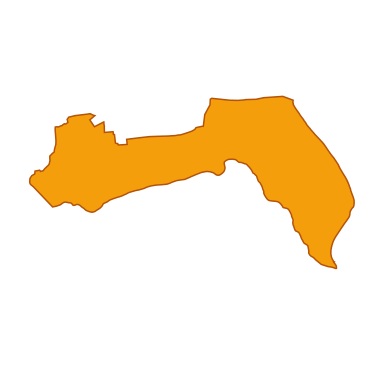 the district of Sukamara, Kalimantan Tengah, Indonesia, rotated 264°
{"feature_id": "22746128B44365111458704", "entity_name": "Sukamara", "entity_type": "district", "adm_level": 2, "iso_a3": "IDN", "parent_name": "Indonesia", "parent_adm1": "Kalimantan Tengah", "projection": "natural_earth1", "projection_center": [111.051, -2.56], "detail": "fine", "context": "isolated", "style": "filled", "palette": "amber", "viewbox_px": 384, "rotation_deg": 264, "n_neighbors": 0, "source": "geoboundaries", "source_scale": "gbopen_adm2", "svg_char_len": 5845}
<svg xmlns="http://www.w3.org/2000/svg" viewBox="0 0 384 384"><g transform="rotate(264 192 192)"><path d="M100.9,327.6L101.0,327.7L101.5,327.8L102.2,327.8L104.0,327.6L104.8,327.1L105.4,326.8L106.1,326.5L106.2,326.4L106.3,326.4L106.5,326.3L106.5,326.2L106.8,326.1L107.0,326.0L107.0,325.9L107.3,325.9L107.5,325.7L107.6,325.8L107.6,325.6L107.8,325.6L108.9,325.3L110.8,324.4L112.8,323.9L113.4,323.8L116.5,323.6L117.3,323.7L117.3,323.8L119.1,324.0L119.3,324.0L122.8,325.0L123.4,325.3L123.9,325.4L127.4,326.9L129.5,328.1L131.7,329.6L131.8,329.7L132.0,329.8L132.9,330.5L135.7,332.8L138.8,335.4L139.3,335.8L139.5,336.0L141.3,337.4L141.4,337.6L144.9,340.5L146.7,342.2L149.7,344.8L150.3,345.3L151.4,346.0L153.0,346.6L154.7,346.9L156.0,347.3L156.7,347.8L156.9,347.8L157.0,348.0L157.6,348.3L158.9,349.4L159.5,350.0L159.9,350.6L160.5,351.1L161.0,351.3L161.7,351.6L161.8,351.6L163.4,352.0L163.9,352.0L164.1,352.0L164.3,352.1L166.2,352.3L166.9,352.3L168.8,352.0L169.9,351.8L173.3,350.9L175.8,350.3L176.8,350.0L177.6,350.0L177.8,350.0L178.2,349.9L178.6,349.9L179.0,349.7L179.6,349.6L180.1,349.4L183.6,348.6L183.8,348.5L184.3,348.3L184.6,348.3L184.9,348.2L185.7,347.9L186.3,347.8L186.4,347.6L186.6,347.6L187.4,347.4L190.8,346.0L194.2,344.3L199.2,342.0L199.4,341.9L199.9,341.7L200.2,341.5L200.5,341.5L200.9,341.3L201.3,341.2L201.7,341.1L202.1,340.8L202.4,340.7L202.7,340.7L202.8,340.6L203.2,340.5L203.9,340.3L206.0,339.2L208.8,337.8L208.9,337.6L209.6,337.3L209.8,337.2L210.1,337.1L210.4,337.0L213.4,335.0L213.9,334.8L214.6,334.2L215.1,334.0L218.4,332.1L219.6,331.5L220.4,331.0L221.5,330.5L222.4,330.1L222.6,329.9L223.3,329.5L224.2,329.0L224.4,329.0L224.7,328.7L225.9,328.1L226.1,328.0L226.2,327.8L228.0,326.7L228.7,326.1L229.5,325.5L230.5,324.8L236.5,320.2L238.6,318.8L239.5,318.1L242.0,316.4L243.1,315.8L243.6,315.3L245.0,314.4L245.4,314.1L246.6,313.3L247.7,312.8L248.6,312.5L249.2,312.1L250.2,311.6L251.5,310.7L252.1,310.6L252.4,310.3L253.8,309.7L254.0,309.4L257.1,307.6L259.2,306.6L262.9,304.5L263.8,304.0L265.1,303.3L266.0,302.9L266.5,302.7L267.9,302.1L268.2,301.9L268.4,302.0L268.9,301.9L269.1,301.9L269.4,301.9L269.6,301.8L269.8,301.9L270.1,301.8L270.3,301.7L271.7,301.9L272.7,302.2L277.6,292.3L278.3,273.3L277.5,265.3L278.3,255.0L278.1,253.6L278.3,247.2L279.3,239.3L283.1,221.4L282.4,219.9L276.8,219.0L267.7,212.8L256.1,210.1L256.3,209.0L255.6,202.7L254.1,201.5L253.6,200.6L253.2,199.8L252.6,198.4L251.6,194.4L251.1,192.1L250.7,190.2L250.0,186.3L250.1,185.0L250.1,184.0L249.9,181.8L249.9,180.6L250.2,173.3L250.6,168.5L251.5,156.0L251.5,149.7L251.4,142.6L251.2,132.5L246.1,132.5L246.4,124.4L246.8,123.4L248.0,123.2L248.0,122.3L248.7,121.0L257.2,120.9L257.5,119.9L260.2,119.8L260.4,111.1L264.9,111.5L265.8,111.5L266.2,111.7L267.0,111.7L268.2,111.5L269.2,111.6L270.9,111.6L267.1,101.8L274.4,97.9L278.1,103.4L278.9,101.5L280.5,99.0L280.5,97.6L280.4,96.8L280.2,83.8L279.3,77.2L277.2,75.4L274.3,75.9L273.0,74.0L272.8,73.0L273.2,72.2L272.4,70.6L271.7,69.8L271.6,68.9L270.7,66.1L271.0,64.1L270.9,62.8L268.3,62.4L257.6,62.1L253.7,61.6L248.8,59.7L246.2,59.1L244.9,57.1L242.5,54.3L238.0,54.0L234.5,52.8L233.2,51.4L230.6,48.0L228.7,46.2L228.3,43.5L229.6,42.8L229.2,38.1L226.4,37.5L225.0,34.4L222.5,32.3L219.4,31.7L217.8,31.7L216.4,32.2L213.9,34.7L191.7,51.8L191.9,53.8L192.1,55.9L192.4,56.9L192.9,59.3L193.7,60.9L194.3,61.9L195.0,63.2L195.2,64.5L195.1,65.5L194.8,66.6L194.3,67.8L193.9,69.9L193.4,70.9L192.4,71.6L191.4,72.2L191.0,73.1L191.2,74.5L191.6,75.7L191.6,76.9L190.8,78.7L190.1,79.5L188.5,80.9L187.9,81.6L187.3,82.4L186.7,83.0L185.7,83.8L184.7,84.9L183.2,87.8L182.6,89.4L182.3,90.8L182.7,93.2L184.1,95.9L184.9,97.6L185.8,99.2L187.1,100.7L187.9,101.5L188.9,102.0L189.6,102.6L190.0,103.5L190.7,105.7L191.1,106.8L192.6,109.4L193.7,113.5L194.6,117.7L194.8,119.1L195.4,121.8L196.2,124.0L196.9,126.4L197.7,128.2L198.1,129.4L198.4,130.9L198.9,133.7L199.2,135.2L199.4,136.7L199.6,139.5L199.9,141.1L200.5,144.3L200.9,145.8L201.5,147.4L201.8,148.8L202.3,151.8L202.4,152.9L202.5,155.1L202.6,156.7L202.6,157.9L202.4,163.2L202.4,166.3L202.4,167.9L202.7,169.4L203.1,171.1L203.7,172.7L204.1,174.4L204.9,177.7L205.1,180.4L205.2,182.2L205.2,183.7L205.3,186.1L206.5,190.2L207.4,192.8L208.8,197.4L210.4,203.1L210.6,204.8L210.7,206.3L210.9,208.1L210.8,209.4L210.4,211.3L210.2,212.3L209.6,213.5L209.4,214.2L209.0,215.0L208.6,215.6L208.0,216.4L207.3,217.0L206.4,218.1L206.0,219.5L205.9,220.4L206.0,221.2L206.4,222.1L206.8,222.9L208.0,224.7L208.7,225.5L209.5,226.2L210.7,226.8L211.8,227.2L213.0,227.4L214.7,227.2L217.2,227.0L218.4,227.3L219.1,228.1L219.8,229.3L220.3,230.6L220.6,231.8L220.6,233.0L220.5,234.3L220.5,235.5L220.0,237.2L219.9,238.2L218.8,239.7L217.7,240.6L217.2,241.2L216.6,242.0L216.2,244.1L215.9,244.9L214.7,247.1L214.3,248.4L213.6,249.3L210.9,251.4L208.5,253.0L207.2,253.6L206.5,253.9L205.8,254.2L204.9,254.5L204.3,254.8L203.8,255.7L202.5,256.7L201.4,257.7L200.8,258.0L199.0,258.3L196.3,259.0L195.6,259.3L193.9,260.7L191.5,261.7L189.4,262.4L187.4,262.7L185.6,263.3L184.9,263.4L183.5,263.3L182.6,263.4L180.7,264.1L178.3,265.3L177.5,265.8L176.7,266.3L176.1,267.0L175.7,267.5L175.4,268.1L175.2,268.8L174.9,269.8L174.6,271.1L174.0,274.2L173.3,276.4L172.4,277.6L171.7,278.3L170.5,279.2L169.2,280.0L168.5,280.4L167.4,280.8L166.9,281.3L166.1,283.7L165.7,284.7L165.0,285.8L164.4,286.2L163.6,286.7L160.9,287.8L158.9,288.5L157.1,288.6L156.1,288.9L154.7,289.4L153.6,289.6L152.8,289.5L151.9,289.2L150.3,289.0L148.4,289.2L146.8,289.7L145.1,290.0L143.1,290.6L142.4,291.1L141.6,292.5L140.7,293.8L139.6,294.4L136.6,295.5L134.9,295.8L130.5,297.6L129.3,298.2L127.6,300.5L126.7,301.4L125.6,301.7L123.6,301.8L122.5,301.9L120.7,302.0L119.7,301.7L118.7,301.8L117.1,302.5L115.6,303.8L114.7,305.2L113.5,306.5L112.1,307.5L110.6,308.9L108.5,311.0L106.5,313.0L105.8,314.5L103.6,319.5L102.7,323.0L101.6,325.6L101.0,326.7L100.9,327.6Z" fill="#f59e0b" stroke="#b45309" stroke-width="1.5"/></g></svg>